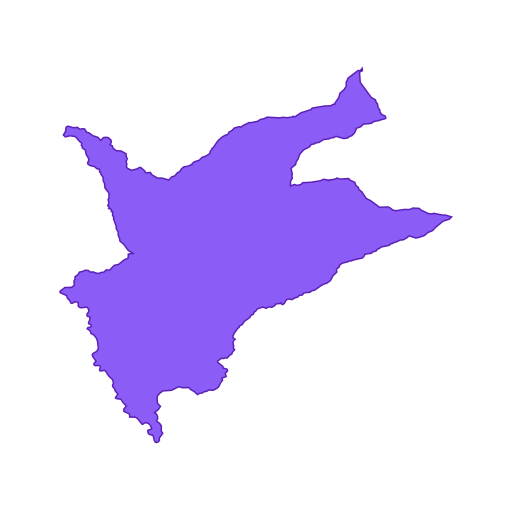 La Unión, Nariño, Colombia (Equal Earth projection), rotated 260°
{"feature_id": "7082276B50257092239175", "entity_name": "La Unión", "entity_type": "district", "adm_level": 2, "iso_a3": "COL", "parent_name": "Colombia", "parent_adm1": "Nariño", "projection": "equal_earth", "projection_center": [-77.138, 1.608], "detail": "fine", "context": "isolated", "style": "filled", "palette": "violet", "viewbox_px": 512, "rotation_deg": 260, "n_neighbors": 0, "source": "geoboundaries", "source_scale": "gbopen_adm2", "svg_char_len": 6067}
<svg xmlns="http://www.w3.org/2000/svg" viewBox="0 0 512 512"><g transform="rotate(260 256 256)"><path d="M268.6,77.5L267.0,74.2L265.0,73.9L262.7,72.3L259.2,72.1L258.4,71.4L257.5,69.8L257.2,67.8L258.2,62.4L255.5,57.2L254.6,56.6L253.8,56.9L250.0,62.5L247.0,63.0L244.3,64.9L241.7,65.6L241.4,67.0L242.3,69.9L242.0,71.4L240.7,72.8L237.6,72.2L236.2,73.1L235.3,74.9L235.1,79.9L234.4,81.1L233.2,81.7L230.4,81.8L228.2,79.6L226.8,79.2L225.9,79.5L225.0,81.7L222.6,81.4L219.0,79.4L218.1,79.7L217.1,81.4L215.4,81.6L214.8,80.8L214.6,77.9L213.6,77.1L211.4,79.5L208.3,80.1L206.3,82.7L202.6,84.6L199.5,85.1L192.2,84.7L189.7,82.5L188.4,78.7L187.3,77.6L185.3,77.8L180.1,80.2L178.3,77.8L177.0,77.5L175.9,78.7L175.5,81.9L174.9,83.2L173.7,83.5L171.5,82.3L170.3,82.2L169.7,83.1L169.7,86.6L169.2,87.7L163.4,90.1L159.1,93.3L155.7,93.6L153.5,92.2L152.1,92.3L149.5,93.7L147.7,93.9L144.0,96.0L141.2,93.2L140.4,93.0L139.5,94.4L138.5,98.0L134.4,99.8L130.8,102.3L128.3,99.3L125.9,98.9L122.5,103.9L119.3,103.6L118.3,109.1L116.5,111.1L110.1,114.6L110.1,115.7L110.9,117.1L110.9,118.9L109.7,121.1L107.6,122.6L104.2,123.3L103.7,122.9L103.1,119.1L100.5,119.0L99.0,119.7L97.1,123.5L92.2,123.8L90.5,124.3L89.6,125.5L89.7,127.0L91.0,128.8L93.4,129.1L97.6,133.4L100.1,132.3L105.1,133.3L108.0,132.0L110.2,129.7L111.3,129.6L112.8,130.9L115.1,131.2L117.9,130.4L119.3,128.9L121.8,133.2L124.5,135.8L127.4,133.8L129.1,133.4L134.3,134.1L135.6,134.9L137.9,137.9L139.3,141.0L138.4,149.6L140.7,157.2L139.0,160.9L138.1,166.9L135.6,168.7L133.2,171.7L129.8,174.2L130.6,177.3L130.4,179.4L131.3,181.1L131.3,184.1L132.2,186.1L131.2,190.7L132.7,195.0L133.8,196.6L137.6,199.4L139.4,201.5L141.6,201.2L142.5,205.7L145.9,205.4L147.7,208.0L149.2,208.0L149.8,207.5L151.2,204.4L153.1,204.2L157.9,199.8L159.1,199.9L161.2,203.9L160.7,206.5L161.1,208.5L160.5,209.8L162.9,212.9L163.6,215.1L165.7,216.3L167.3,218.7L169.2,217.7L171.1,218.4L174.3,218.2L177.0,219.6L177.6,221.0L179.3,219.3L181.1,219.3L184.0,221.4L188.1,225.7L188.5,226.9L190.0,227.6L190.8,230.4L193.7,233.3L196.5,239.2L198.6,241.0L199.1,243.3L201.1,244.4L201.6,245.9L203.6,248.0L204.5,252.9L203.9,255.1L202.7,256.9L203.8,259.7L202.7,262.7L203.9,265.8L205.3,267.3L205.1,271.3L205.5,272.4L204.3,272.7L203.5,273.9L204.6,276.0L206.8,277.4L207.8,279.1L208.0,280.7L206.8,284.0L208.0,286.9L208.3,290.1L209.8,291.9L209.5,294.8L211.4,296.8L210.9,302.8L212.0,304.8L212.2,307.9L215.4,314.6L216.7,318.3L216.8,320.7L218.7,324.8L223.5,328.7L226.0,332.7L229.2,333.0L230.7,336.1L232.0,336.1L233.9,339.4L234.4,345.9L235.0,347.3L234.6,348.8L235.1,351.0L235.6,360.3L236.8,362.2L238.8,363.5L238.7,370.3L239.8,371.7L240.0,375.0L241.6,376.8L241.9,378.6L243.1,380.8L243.3,388.1L243.6,389.4L244.7,390.9L244.6,392.7L245.2,393.7L245.5,396.6L246.6,400.6L246.4,404.1L248.0,408.4L249.1,409.7L248.9,411.0L246.0,416.4L246.0,419.4L246.9,425.4L249.2,429.2L250.4,434.4L252.7,437.3L257.8,446.2L258.7,452.7L260.5,455.4L263.3,449.9L263.9,446.9L267.2,438.3L266.8,436.7L267.8,433.2L272.9,426.0L274.2,425.4L274.7,424.5L276.0,418.5L275.4,417.4L275.2,414.4L276.1,410.3L276.3,401.6L277.4,398.8L280.1,396.4L281.4,394.6L282.5,386.2L290.4,378.7L293.6,374.5L300.9,371.3L303.6,368.9L305.8,368.7L308.1,366.6L311.4,366.1L314.2,362.0L316.2,360.7L317.1,352.2L318.7,349.3L318.1,348.0L318.0,342.8L318.4,341.5L317.6,340.2L318.7,339.3L319.8,335.7L318.9,332.3L319.1,322.3L320.1,314.7L318.8,313.0L318.4,309.5L318.5,308.5L319.8,306.4L319.0,302.0L324.0,303.2L326.3,305.3L329.1,305.2L330.1,306.0L335.8,305.7L337.2,307.1L339.1,310.8L341.9,312.0L343.9,314.0L348.8,316.9L352.4,321.6L354.2,327.6L356.3,329.8L356.3,333.1L357.0,334.6L356.9,337.7L359.0,343.0L358.6,348.2L359.3,350.0L359.1,353.0L360.0,355.5L356.4,362.8L356.3,366.0L356.5,367.2L357.1,367.7L357.9,371.4L360.2,374.5L364.4,377.2L365.1,381.7L367.2,384.5L366.6,392.4L368.0,395.6L368.1,401.4L368.5,402.4L368.7,406.8L369.2,407.8L371.3,407.6L373.4,404.5L376.1,403.1L378.2,403.3L380.9,402.0L384.7,402.1L386.6,401.0L389.1,400.7L392.0,397.1L408.9,388.8L418.6,389.8L419.4,390.6L420.0,393.0L422.4,393.1L421.2,391.9L420.5,390.2L420.9,388.6L415.3,377.7L411.4,375.0L407.4,374.3L404.5,371.5L401.7,366.9L397.8,365.2L393.0,360.4L391.8,360.0L392.0,358.3L390.9,355.7L391.8,349.6L391.9,337.0L390.6,335.4L389.2,325.0L386.2,318.3L387.2,316.9L386.6,315.3L386.8,310.7L388.0,306.2L387.9,303.6L390.8,291.0L389.8,287.7L389.7,283.9L388.4,281.2L388.2,274.4L388.6,272.4L386.7,265.6L385.4,263.5L386.3,262.1L385.8,256.8L383.7,254.0L382.7,250.9L380.7,249.5L380.3,248.5L380.3,246.6L379.0,243.3L376.2,238.6L370.0,232.6L369.6,231.3L368.3,230.9L367.3,229.2L365.8,228.9L364.2,226.9L362.8,222.6L362.6,220.2L360.2,216.8L359.5,211.8L358.3,209.3L356.9,208.7L357.0,207.1L356.3,205.3L356.3,200.3L354.7,197.6L352.8,196.1L351.4,192.8L348.8,189.6L348.7,187.0L346.0,183.3L349.0,177.1L349.8,172.6L353.9,167.7L356.7,166.4L356.9,162.6L357.7,161.4L359.0,161.3L363.3,157.7L363.3,155.8L362.5,154.6L362.0,148.5L364.4,144.9L366.3,143.8L369.0,144.8L371.3,144.4L374.1,146.1L376.5,145.5L379.3,145.8L382.9,141.3L383.9,136.8L386.8,134.0L389.4,133.6L390.9,131.7L393.5,133.4L395.3,133.3L398.2,131.1L399.0,128.7L399.1,126.3L396.8,123.1L400.2,121.0L402.9,116.1L406.3,112.9L407.4,110.6L410.8,109.4L411.5,107.5L411.4,104.5L413.7,102.5L414.0,98.5L416.4,93.7L416.3,92.1L415.4,91.2L411.8,90.1L408.6,87.3L406.4,88.9L406.7,93.7L405.3,98.0L404.1,99.4L399.3,102.2L397.6,103.9L395.1,103.2L394.0,104.0L392.6,103.7L389.9,106.4L385.5,106.4L380.8,108.2L378.6,107.6L377.2,106.4L375.8,106.4L373.9,108.2L372.2,112.4L369.5,114.5L368.8,116.8L365.8,116.6L364.5,117.7L363.3,117.5L360.1,119.1L356.5,118.6L354.0,119.4L349.2,119.1L343.5,122.1L339.1,121.4L337.3,120.2L333.3,120.2L331.4,118.7L329.6,119.9L328.4,119.1L327.0,121.7L324.9,121.2L324.5,122.5L320.6,121.8L319.0,122.7L317.4,122.1L310.0,123.5L307.0,123.1L303.8,124.4L300.4,123.9L296.8,124.7L294.3,124.6L290.5,127.8L283.6,131.2L279.9,135.4L280.1,130.6L276.0,129.7L275.2,125.7L271.6,119.3L271.4,114.8L267.4,109.2L268.4,106.2L266.5,103.3L266.7,100.6L266.2,98.8L266.5,96.5L268.6,92.8L268.9,90.1L270.9,88.3L271.6,85.5L270.9,82.4L270.8,79.3L268.6,77.5Z" fill="#8b5cf6" stroke="#5b21b6" stroke-width="1.5"/></g></svg>